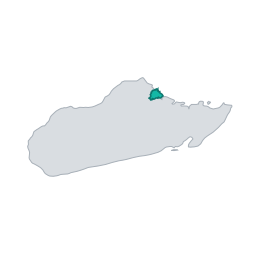 Mitsinjo, Boeny, Madagascar shown in context, rotated 59°
{"feature_id": "10022922B34339999190032", "entity_name": "Mitsinjo", "entity_type": "district", "adm_level": 2, "iso_a3": "MDG", "parent_name": "Madagascar", "parent_adm1": "Boeny", "projection": "albers", "projection_center": [45.923, -16.15], "detail": "fine", "context": "in_parent", "style": "filled", "palette": "teal", "viewbox_px": 256, "rotation_deg": 59, "n_neighbors": 0, "source": "geoboundaries", "source_scale": "gbopen_adm2", "svg_char_len": 5616}
<svg xmlns="http://www.w3.org/2000/svg" viewBox="0 0 256 256"><g transform="rotate(59 128 128)"><path d="M166.6,32.9L167.3,34.5L168.0,36.0L170.4,39.6L171.4,41.1L172.3,42.6L172.7,45.5L174.1,50.2L175.4,57.1L175.7,64.2L176.1,67.5L177.2,70.6L179.0,73.8L179.5,77.3L178.3,80.9L176.6,84.3L176.1,85.0L175.4,85.9L175.0,85.8L173.7,84.9L172.7,83.4L171.4,80.0L171.0,78.2L170.4,77.9L168.8,78.1L167.6,79.1L167.4,79.8L167.6,81.7L168.0,83.5L168.2,85.2L168.2,87.5L168.6,88.1L169.2,88.7L169.8,90.2L169.9,93.6L169.5,95.4L168.3,96.8L168.4,97.7L168.8,98.5L168.4,99.0L166.9,99.7L166.3,100.2L165.4,101.7L164.1,104.8L163.9,106.4L164.6,111.2L164.3,114.7L162.6,121.2L161.6,124.3L160.2,128.0L158.1,132.8L156.0,138.9L154.2,145.2L152.9,149.0L151.4,152.7L149.4,159.3L147.7,166.0L145.1,173.3L141.7,181.5L141.3,182.6L140.6,186.7L139.8,190.4L138.9,193.9L136.9,199.9L136.7,201.7L136.3,203.4L134.4,207.1L133.7,208.5L133.1,210.0L132.8,211.8L132.3,213.6L130.9,216.9L128.9,219.8L127.6,220.8L124.7,222.3L123.3,222.6L120.0,222.6L116.9,223.4L113.6,225.1L110.5,226.9L109.3,227.8L108.0,228.3L103.8,228.5L102.6,228.1L98.4,225.0L96.8,224.5L93.8,224.1L92.9,223.8L92.0,223.4L90.8,221.8L88.3,220.5L87.7,220.1L87.3,219.1L87.1,218.1L86.4,217.0L85.9,214.8L85.1,213.3L82.8,210.7L82.6,209.8L82.4,207.0L82.4,205.1L82.2,201.6L82.4,199.9L83.2,198.4L82.8,196.8L82.0,195.1L81.6,193.3L81.0,191.8L78.6,188.9L78.0,187.5L77.6,186.0L76.6,181.4L76.5,179.8L76.6,176.5L76.9,174.7L77.5,173.5L77.6,172.6L78.0,171.8L78.5,171.2L78.9,170.4L79.8,166.1L80.9,165.1L82.6,164.6L83.9,163.4L84.7,161.9L85.4,158.7L87.5,155.6L88.3,153.9L90.0,151.4L91.5,147.9L91.9,146.3L92.2,144.6L92.6,140.9L92.9,139.0L92.8,137.2L91.9,135.3L89.8,131.9L89.7,131.3L89.9,128.8L89.7,126.9L88.9,125.1L87.9,123.4L86.9,120.2L86.3,114.9L86.4,112.9L86.1,111.2L85.4,109.6L85.9,106.8L92.1,96.4L92.3,95.2L92.0,92.0L92.2,90.2L92.4,89.5L92.9,89.1L93.9,88.9L99.1,88.4L99.7,88.1L101.0,87.3L102.8,85.6L103.6,85.1L104.3,85.3L104.7,86.0L105.3,86.4L107.4,85.6L108.2,85.6L109.0,85.7L109.4,85.0L109.6,84.1L109.9,83.4L110.5,83.0L113.1,82.8L114.8,82.5L117.0,81.9L117.5,82.0L119.3,84.4L119.8,84.6L120.5,84.7L121.1,84.3L119.7,83.0L119.5,82.3L119.6,81.5L120.3,79.8L121.6,78.5L124.5,76.6L127.5,74.3L128.4,74.1L129.1,74.5L129.7,77.2L129.6,77.6L130.1,77.7L130.6,77.4L131.1,76.3L131.2,75.4L130.8,74.5L130.6,73.8L130.6,73.1L132.1,71.5L133.3,70.0L133.9,68.2L134.4,67.4L135.6,66.5L136.0,66.6L136.3,67.4L136.4,68.2L136.1,69.0L135.6,69.8L135.5,70.8L136.2,71.1L136.8,70.8L137.8,68.9L139.0,67.1L139.6,66.2L140.5,65.5L141.9,65.7L143.2,66.1L141.0,64.1L140.5,61.5L143.2,57.0L143.2,56.1L143.6,55.8L143.8,55.4L142.4,53.9L142.2,53.1L142.4,52.0L143.1,51.0L143.7,50.2L144.5,50.0L145.2,50.4L146.6,51.7L147.6,51.9L148.8,50.7L149.8,49.2L151.3,48.1L153.0,47.5L155.6,45.2L157.3,40.3L157.5,38.8L157.1,37.1L156.6,35.4L155.6,33.3L155.9,32.8L157.3,33.1L157.7,32.8L159.3,31.0L161.9,27.5L162.7,27.6L163.4,28.2L163.6,29.2L164.1,29.9L165.8,31.6L166.6,32.9ZM148.9,46.6L149.0,47.1L147.0,46.8L146.8,45.0L147.7,44.9L147.9,44.2L148.5,44.1L149.1,45.7L148.9,46.6ZM171.2,99.9L169.5,102.6L170.0,100.3L171.9,97.0L172.5,96.8L171.2,99.9Z" fill="#d9dde1" stroke="#a8b0b8" stroke-width="1"/><path d="M113.2,94.7L113.3,94.7L113.5,94.5L113.6,94.4L113.8,94.3L114.0,94.2L114.3,94.0L114.6,94.1L115.0,94.2L115.4,94.1L115.5,94.1L115.7,93.9L115.8,94.0L115.9,93.9L115.8,93.7L115.8,93.4L115.7,93.5L115.6,93.4L115.5,93.2L115.6,92.8L115.7,92.7L115.6,92.4L115.5,92.2L115.8,92.2L116.0,92.2L115.9,92.0L115.9,91.9L115.9,91.7L115.7,91.6L115.8,91.4L116.0,91.4L116.2,91.2L116.3,91.0L116.5,91.1L116.7,90.6L116.8,90.4L116.8,90.1L116.8,89.5L116.8,89.4L116.7,89.3L116.6,89.1L116.6,88.8L116.6,88.7L116.7,88.4L116.8,88.4L116.9,88.2L117.0,88.1L117.3,87.7L117.3,87.1L117.9,87.1L118.0,87.0L117.9,86.8L117.6,86.7L117.4,86.4L117.5,86.4L117.7,86.2L117.7,85.9L117.8,85.9L117.9,85.7L118.0,85.6L118.2,85.4L118.5,85.4L118.7,85.2L118.7,84.9L118.8,84.8L118.8,84.7L119.0,84.5L119.1,84.4L119.0,84.2L118.9,83.7L118.8,83.2L118.7,83.1L118.7,82.9L118.6,82.7L118.6,82.4L118.6,82.0L118.6,81.4L117.8,81.5L117.7,81.5L117.5,81.4L117.2,81.4L116.5,81.5L116.2,81.6L116.0,81.8L115.8,81.9L115.1,82.1L114.8,82.3L114.5,82.6L114.1,82.6L113.8,82.5L113.5,82.4L113.5,82.5L113.4,82.5L113.4,82.4L113.2,82.4L113.1,82.2L113.0,82.4L112.9,82.4L112.8,82.5L112.7,82.6L112.7,82.8L112.8,82.9L112.8,83.0L112.7,83.0L112.7,82.9L112.6,82.7L112.3,82.8L112.4,83.0L112.3,82.9L112.1,82.9L111.9,83.0L112.0,83.1L111.8,83.0L111.7,83.0L111.6,82.9L111.5,83.0L111.5,83.4L111.5,83.5L111.4,83.5L111.5,83.2L111.4,83.0L111.3,82.9L111.2,82.9L111.0,83.0L110.9,83.0L110.7,83.0L110.8,83.0L110.9,82.9L111.2,82.8L111.3,82.8L111.0,82.7L110.8,82.7L110.6,82.7L110.3,82.6L110.2,82.5L110.0,82.4L110.1,82.6L109.9,82.7L109.8,82.8L109.7,83.0L109.3,83.3L109.2,83.4L109.3,83.3L109.5,83.2L109.6,83.3L109.4,83.4L109.2,83.4L109.1,83.5L109.1,83.9L109.1,84.0L109.2,84.3L109.3,84.3L109.5,84.5L109.4,84.6L109.3,84.8L109.3,85.0L109.5,85.2L109.5,85.3L109.4,85.3L109.2,85.3L109.1,85.2L109.1,85.3L109.0,85.5L109.0,85.8L108.9,86.0L108.9,86.3L108.9,86.5L108.8,86.8L108.7,86.8L108.5,87.0L108.7,87.3L108.7,87.5L108.7,87.8L108.6,88.1L108.8,88.2L109.0,88.2L109.0,88.3L109.1,88.5L109.1,88.8L109.2,89.0L109.2,89.3L109.2,89.5L109.2,89.8L109.3,89.8L109.4,89.6L109.5,89.6L109.7,89.8L109.8,89.9L110.1,89.9L110.2,90.1L110.3,90.2L110.3,90.3L110.3,90.5L110.4,90.8L110.5,90.9L110.5,91.0L110.9,91.5L111.1,91.7L111.1,91.8L111.5,91.8L111.7,91.7L111.8,91.7L112.0,91.8L112.3,91.9L112.5,92.0L112.7,92.3L112.8,92.4L112.8,92.6L112.9,92.9L112.9,93.1L113.0,93.3L113.3,93.6L113.5,93.6L113.8,93.7L113.6,93.8L113.3,94.1L113.3,94.3L113.2,94.3L113.2,94.5L113.2,94.7Z" fill="#14b8a6" stroke="#0f766e" stroke-width="1.5"/></g></svg>